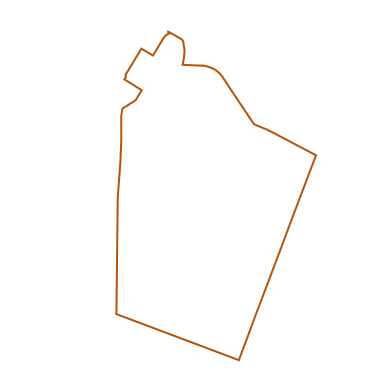 the district of Tevragh Zein, Nouakchott, Mauritania, rotated 201°
{"feature_id": "47542326B736390613482", "entity_name": "Tevragh Zein", "entity_type": "district", "adm_level": 2, "iso_a3": "MRT", "parent_name": "Mauritania", "parent_adm1": "Nouakchott", "projection": "mercator", "projection_center": [-15.996, 18.127], "detail": "fine", "context": "isolated", "style": "outline", "palette": "amber", "viewbox_px": 384, "rotation_deg": 201, "n_neighbors": 0, "source": "geoboundaries", "source_scale": "gbopen_adm2", "svg_char_len": 780}
<svg xmlns="http://www.w3.org/2000/svg" viewBox="0 0 384 384"><g transform="rotate(201 192 192)"><path d="M271.6,333.1L270.5,331.1L271.9,329.9L273.2,327.4L274.3,322.5L277.3,305.4L290.6,307.7L296.0,277.5L294.9,275.5L295.5,272.9L275.4,269.0L277.6,257.3L286.8,245.0L285.4,237.9L276.5,214.8L269.5,194.0L259.4,160.4L218.8,50.9L88.0,51.8L88.3,88.0L88.5,102.5L88.5,112.5L88.8,170.4L89.1,202.3L89.4,270.7L132.1,275.8L136.5,276.4L139.2,276.6L144.3,277.2L149.5,277.2L158.4,277.5L187.9,298.3L204.7,310.3L208.0,312.3L211.5,313.7L213.9,314.3L217.2,314.8L221.5,314.8L225.9,314.3L235.9,310.8L246.4,307.4L247.5,314.0L249.1,319.7L250.0,322.2L251.6,324.8L252.4,325.9L252.9,327.4L254.6,329.9L255.4,330.5L257.8,331.1L271.4,333.1L271.6,333.1Z" fill="none" stroke="#b45309" stroke-width="2"/></g></svg>